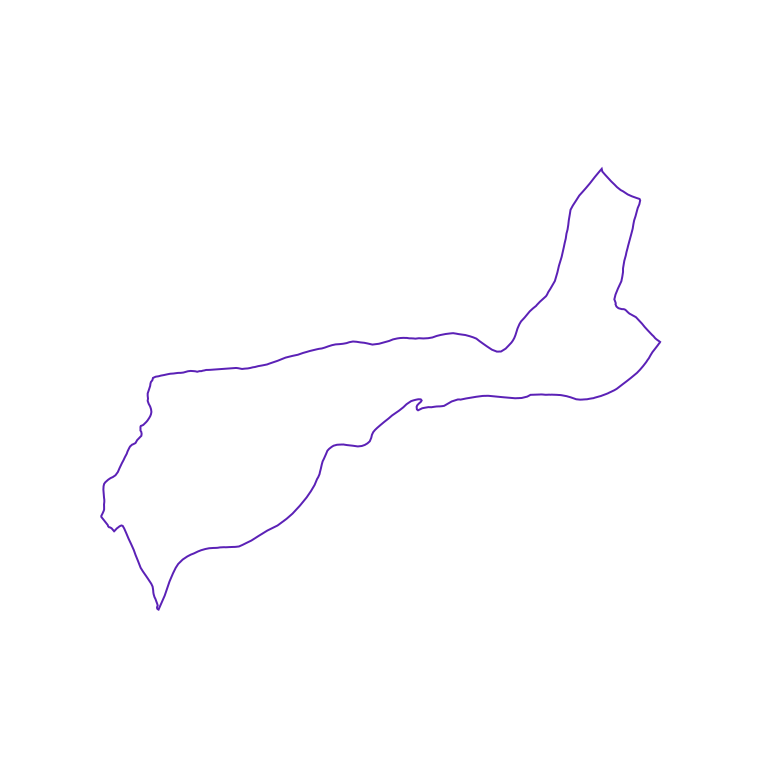 Stueng Traeng, Stœng Trêng, Cambodia, rotated 234°
{"feature_id": "14789045B25849746907404", "entity_name": "Stueng Traeng", "entity_type": "district", "adm_level": 2, "iso_a3": "KHM", "parent_name": "Cambodia", "parent_adm1": "Stœng Trêng", "projection": "natural_earth1", "projection_center": [106.059, 13.658], "detail": "fine", "context": "isolated", "style": "outline", "palette": "violet", "viewbox_px": 768, "rotation_deg": 234, "n_neighbors": 0, "source": "geoboundaries", "source_scale": "gbopen_adm2", "svg_char_len": 5907}
<svg xmlns="http://www.w3.org/2000/svg" viewBox="0 0 768 768"><g transform="rotate(234 384 384)"><path d="M493.4,171.0L493.0,169.3L492.4,165.2L492.7,163.6L493.0,162.6L492.4,161.7L490.8,160.6L489.5,159.6L488.0,159.5L486.1,158.6L484.7,157.2L484.5,155.9L484.0,153.1L483.7,151.3L483.1,150.0L482.3,148.2L482.7,145.6L483.0,144.6L482.7,141.8L481.8,139.9L480.2,136.9L478.8,134.9L477.0,131.2L475.5,128.5L474.0,125.4L471.5,120.8L469.2,116.9L468.0,113.1L468.1,109.9L468.6,107.5L468.7,104.5L468.3,100.7L467.7,98.9L466.2,97.1L463.5,94.9L456.8,90.8L454.8,89.7L453.1,88.5L451.0,86.6L449.5,85.6L447.1,83.9L446.2,82.8L444.8,80.4L443.4,77.7L442.6,77.2L432.3,77.6L431.0,77.2L429.7,77.4L429.0,78.1L427.4,78.8L423.5,79.1L423.6,80.0L424.2,83.0L424.2,84.1L424.3,86.4L424.1,87.6L423.9,88.4L422.8,89.2L419.9,88.9L414.8,87.8L409.3,86.5L403.0,85.3L396.8,84.0L391.7,82.5L385.2,80.9L378.4,79.1L374.2,78.8L366.0,78.6L359.2,78.3L356.1,77.7L354.3,76.8L352.6,75.9L351.0,74.9L349.4,74.1L346.6,73.1L344.3,72.7L341.9,72.0L340.1,71.5L338.8,71.1L337.8,70.7L337.2,69.7L336.5,68.9L335.5,68.5L334.8,68.6L334.0,69.0L341.7,82.2L350.3,94.4L354.9,102.1L357.7,107.4L359.4,111.8L360.3,118.0L360.1,123.5L359.5,127.5L358.7,130.5L357.9,134.9L357.0,138.4L355.5,142.5L353.9,146.0L351.7,149.5L350.6,151.1L349.3,153.1L348.2,155.3L346.3,158.2L344.6,160.5L343.1,162.8L340.9,166.1L339.6,168.0L337.8,171.2L337.0,174.9L336.3,179.1L335.3,184.7L334.8,193.0L334.0,203.5L332.1,214.7L332.2,226.0L332.9,233.8L335.0,244.4L337.7,254.7L340.3,262.0L343.1,268.5L346.4,273.9L347.3,276.0L349.0,278.9L350.3,280.3L352.6,283.1L355.5,286.4L357.5,288.9L358.8,291.4L361.4,295.9L363.3,299.0L363.8,301.5L363.9,304.7L363.8,306.1L363.7,307.0L362.5,310.2L360.9,312.7L359.0,315.5L356.3,318.2L352.4,322.5L348.9,326.1L346.9,329.6L346.0,332.6L345.7,335.7L346.0,338.8L348.0,342.1L350.0,344.4L351.4,347.0L352.1,349.7L352.5,352.7L352.9,357.3L353.2,362.0L353.4,367.3L353.8,372.0L353.7,376.5L353.6,380.4L353.8,385.9L354.4,390.3L354.3,393.5L354.2,395.9L353.4,398.3L352.5,400.6L351.5,402.8L350.0,404.7L348.6,404.8L348.0,403.7L347.8,402.1L347.7,400.7L347.2,398.3L346.3,396.9L344.1,395.7L342.7,396.1L341.9,400.7L340.7,403.3L339.2,406.3L337.4,408.6L335.8,411.7L334.8,413.5L332.9,416.3L331.8,418.2L331.0,419.8L330.7,422.7L330.1,428.5L328.1,434.6L327.2,435.9L326.4,436.7L324.1,441.8L321.6,446.8L319.4,451.2L316.3,456.9L313.2,461.4L303.1,472.8L295.4,481.7L291.8,487.1L289.6,492.5L289.1,496.2L284.9,502.4L283.9,503.9L283.2,505.0L282.3,506.1L280.2,508.5L278.6,510.9L277.4,512.5L276.8,513.4L275.4,515.2L273.6,517.5L272.0,519.4L271.4,520.2L270.4,521.2L268.6,522.9L266.8,524.6L265.0,526.0L263.5,527.2L261.9,528.3L260.2,529.5L258.7,530.5L257.9,531.4L256.1,533.4L255.5,534.3L254.9,535.2L253.8,537.0L252.3,539.3L251.3,541.5L250.3,543.5L249.4,545.2L249.1,546.3L248.1,549.0L247.8,549.8L247.4,550.9L246.8,552.4L246.5,553.6L245.3,557.9L244.8,559.9L244.6,561.4L244.4,562.2L244.1,563.8L243.9,565.1L243.7,565.8L243.6,566.7L243.4,568.3L243.3,569.7L243.5,576.7L243.6,581.9L243.8,587.3L244.3,595.2L245.1,599.6L246.2,604.2L247.6,609.0L248.6,611.6L249.1,613.3L250.5,616.3L251.1,617.7L252.0,619.9L253.2,624.1L254.4,628.2L255.1,630.3L255.2,630.9L255.7,632.1L256.4,631.9L257.3,631.6L258.4,631.2L259.6,630.8L261.6,630.3L264.5,630.1L265.8,629.8L268.0,629.5L268.8,629.4L272.6,628.9L277.1,628.4L281.2,628.2L290.0,627.1L296.8,623.9L298.1,623.6L299.1,623.4L300.3,623.2L301.1,623.1L302.3,622.8L303.3,622.2L304.1,621.4L304.8,620.4L305.8,619.6L306.9,618.7L307.6,618.2L309.5,617.7L310.2,617.6L312.5,618.2L312.8,618.7L313.5,619.1L315.2,619.6L317.1,620.1L318.1,621.3L320.3,623.9L323.6,629.2L327.6,636.4L330.6,639.7L334.1,643.2L337.0,645.3L342.4,650.8L345.9,655.2L348.1,657.6L351.1,661.3L351.9,662.2L360.7,673.1L363.5,676.5L366.4,679.4L369.3,682.5L371.9,686.1L376.2,691.4L377.3,692.8L379.3,696.2L382.0,699.2L383.5,699.5L386.0,697.7L390.1,694.9L394.1,692.6L398.7,690.9L399.5,690.6L401.7,689.5L406.4,688.2L409.9,687.7L414.4,686.9L423.1,685.9L427.6,685.5L430.1,686.6L429.7,684.8L428.9,681.6L427.5,676.1L425.3,668.5L423.8,662.4L422.7,657.5L421.7,652.8L419.5,647.2L417.4,641.7L415.3,637.3L412.1,634.1L407.9,629.8L404.3,626.5L401.0,623.2L398.4,620.0L394.8,616.5L391.9,613.1L388.9,609.8L382.4,602.4L376.8,595.0L372.3,589.8L366.9,582.8L363.3,574.7L361.8,570.9L360.5,568.5L359.8,566.7L358.9,558.4L358.1,554.0L357.8,553.1L357.6,548.9L357.1,544.6L356.1,540.7L355.1,536.8L354.1,531.7L352.8,528.7L350.4,524.6L348.9,522.6L346.3,519.1L344.6,516.4L343.4,513.8L342.6,511.4L341.8,507.2L341.4,504.9L341.1,503.2L341.5,497.8L343.8,494.4L348.3,491.5L353.9,489.4L358.0,488.0L362.5,486.5L366.4,485.4L369.3,483.6L372.2,481.5L375.8,478.6L377.8,476.5L380.5,473.7L382.2,472.1L384.5,469.8L384.8,469.3L386.2,466.9L388.2,463.3L390.4,458.6L391.9,454.9L393.2,450.5L395.2,446.5L397.8,442.5L400.5,439.2L402.2,436.1L403.9,434.2L406.2,431.2L407.9,429.5L410.2,426.4L411.8,423.9L412.8,422.0L413.1,421.4L414.8,417.5L415.8,413.5L419.5,403.6L422.7,397.8L426.6,394.4L428.9,392.3L431.5,389.4L434.3,386.6L436.6,383.9L438.2,380.5L439.1,377.7L440.7,374.4L442.3,371.6L444.5,368.1L446.0,364.7L447.3,360.8L448.2,357.7L449.3,354.6L450.7,352.0L451.7,349.7L453.1,346.3L454.3,343.4L455.4,340.3L456.7,336.8L458.3,331.5L460.4,326.8L461.8,323.4L463.2,319.9L464.0,316.8L465.3,311.6L466.7,307.1L468.0,302.9L468.5,301.0L469.4,299.0L470.6,296.4L472.4,292.7L473.6,289.6L474.6,287.7L475.6,285.2L476.7,282.9L478.2,280.5L479.6,278.0L482.5,275.3L483.9,273.8L498.0,251.1L499.7,248.7L500.1,247.9L500.6,246.6L501.3,245.2L501.8,243.7L502.8,242.4L503.7,240.1L505.1,238.9L506.1,237.8L508.2,235.3L509.6,232.8L510.4,230.6L511.2,228.4L512.5,226.1L514.1,223.8L516.2,219.9L518.0,217.0L519.2,214.4L520.6,211.2L521.9,208.5L522.8,206.1L524.1,203.6L524.7,200.7L523.2,198.8L522.6,196.6L521.5,195.2L519.9,193.7L517.0,189.7L515.3,187.3L513.4,185.9L510.9,184.5L509.3,182.9L506.3,182.0L503.3,181.6L500.5,180.7L498.1,179.4L496.5,177.7L495.4,176.0L494.5,174.0L493.4,171.0Z" fill="none" stroke="#5b21b6" stroke-width="2"/></g></svg>